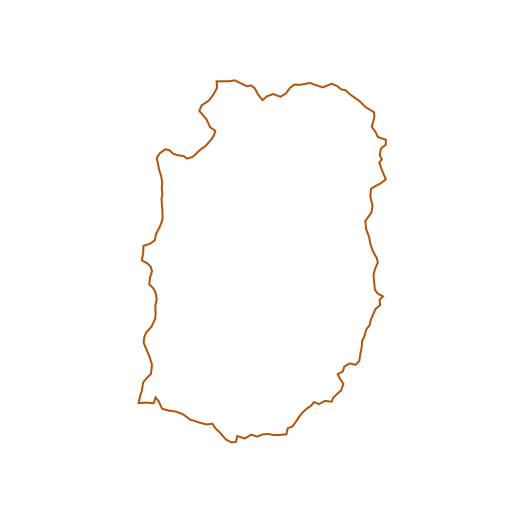 Pariquera-Açu, São Paulo, Brazil, rotated 158°
{"feature_id": "56859067B89497836520206", "entity_name": "Pariquera-Açu", "entity_type": "district", "adm_level": 2, "iso_a3": "BRA", "parent_name": "Brazil", "parent_adm1": "São Paulo", "projection": "albers", "projection_center": [-47.849, -24.682], "detail": "fine", "context": "isolated", "style": "outline", "palette": "amber", "viewbox_px": 512, "rotation_deg": 158, "n_neighbors": 0, "source": "geoboundaries", "source_scale": "gbopen_adm2", "svg_char_len": 2435}
<svg xmlns="http://www.w3.org/2000/svg" viewBox="0 0 512 512"><g transform="rotate(158 256 256)"><path d="M277.6,371.6L283.5,372.2L285.7,375.9L290.2,378.3L294.5,381.8L296.7,386.6L300.2,389.0L306.7,387.3L311.3,384.0L312.5,377.6L313.5,372.1L314.1,365.4L315.6,358.7L318.1,353.9L319.7,348.2L322.1,344.6L323.8,339.6L326.1,332.2L328.6,325.7L331.2,322.4L334.4,319.0L340.3,314.0L344.0,308.5L349.6,307.1L356.6,307.6L359.2,301.5L363.5,294.7L359.4,289.8L357.7,285.8L358.1,280.9L362.2,275.9L365.6,269.8L363.3,264.4L362.9,259.6L364.1,253.4L368.1,247.4L370.7,240.1L373.1,235.5L379.4,229.6L386.6,226.2L390.4,222.0L392.6,217.9L392.7,211.0L392.4,202.9L393.1,194.5L395.2,190.4L397.7,185.9L402.7,183.9L407.9,181.1L412.4,173.7L415.9,169.7L420.0,163.6L412.2,161.0L406.1,157.8L402.0,162.5L400.7,158.1L400.3,149.6L395.1,145.5L388.7,141.9L383.0,136.7L378.2,128.8L374.2,125.7L370.7,122.6L364.9,118.3L359.2,116.8L358.2,111.6L355.4,105.1L352.6,97.1L348.4,92.2L344.1,91.3L340.8,96.1L334.7,91.0L327.4,92.2L322.8,88.2L316.7,88.1L311.5,86.5L306.4,83.2L302.1,81.5L294.6,79.3L291.1,84.4L286.1,84.3L280.6,87.7L276.6,90.5L272.2,93.1L266.3,95.4L260.9,96.6L257.0,98.9L253.1,95.1L246.2,95.8L240.5,92.5L237.5,95.6L231.8,98.0L227.5,99.4L222.9,104.7L224.0,110.2L224.6,115.8L218.8,116.4L215.5,120.4L209.5,121.3L204.3,117.8L199.5,120.1L196.9,124.5L194.7,128.2L192.1,131.9L189.7,137.2L185.0,141.6L181.4,146.5L176.5,149.4L173.6,153.6L168.9,158.4L164.8,162.2L159.5,163.9L157.7,169.2L153.4,171.0L157.4,175.8L158.4,180.2L156.1,188.0L154.1,194.5L150.7,199.2L145.5,204.3L144.8,208.8L145.9,217.2L145.3,225.5L144.0,231.2L143.8,239.8L141.6,247.4L137.9,249.8L132.9,252.9L129.1,258.9L128.4,264.5L127.5,268.9L124.1,275.3L119.0,276.1L113.6,276.6L106.9,278.5L107.1,287.8L106.7,296.4L103.1,298.5L103.5,303.4L99.8,308.9L94.1,310.5L92.0,315.1L98.5,320.8L98.7,326.0L100.3,332.5L94.4,340.1L92.7,345.0L95.5,348.8L98.5,352.8L102.0,360.9L104.6,364.9L108.3,370.7L110.7,376.1L114.5,378.5L117.1,383.1L121.3,387.4L130.8,387.3L137.2,392.6L141.1,396.2L145.6,397.1L151.3,398.3L156.3,400.5L161.7,399.1L167.3,395.5L173.7,394.5L179.4,399.7L185.9,400.0L191.6,398.1L193.7,405.5L194.2,411.7L196.6,416.0L200.7,416.7L205.8,422.2L209.8,426.8L215.2,428.0L227.1,432.7L229.1,426.5L233.6,422.8L238.2,419.6L242.2,417.6L250.1,416.0L254.2,411.7L252.6,407.1L250.7,401.2L250.3,392.5L246.8,387.3L250.0,383.5L253.6,380.9L261.5,376.9L267.3,375.6L271.8,373.9L277.6,371.6Z" fill="none" stroke="#b45309" stroke-width="2"/></g></svg>